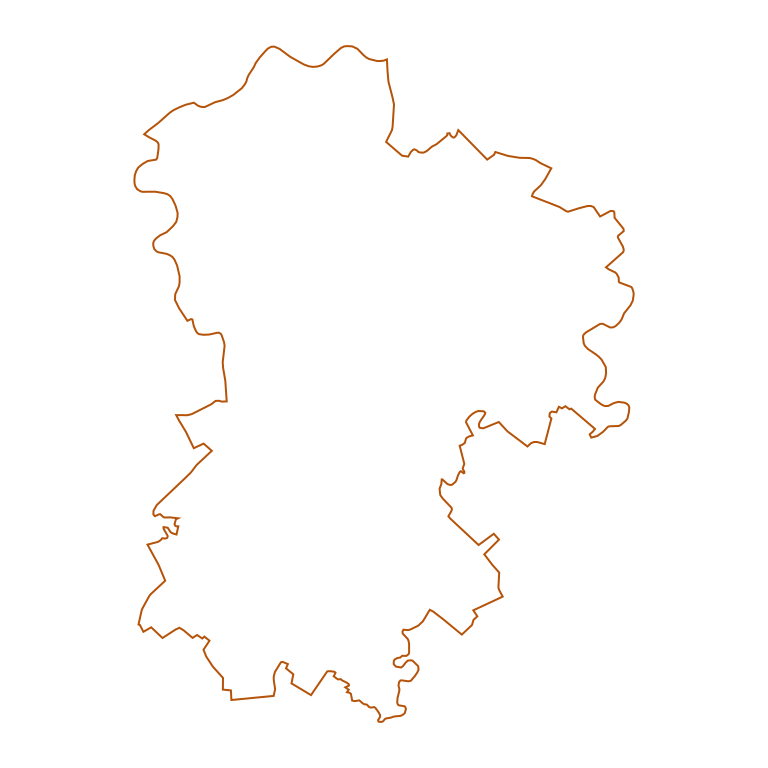 Gia Loc, Hải Dương, Vietnam (orthographic projection)
{"feature_id": "81297802B14141540631295", "entity_name": "Gia Loc", "entity_type": "district", "adm_level": 2, "iso_a3": "VNM", "parent_name": "Vietnam", "parent_adm1": "Hải Dương", "projection": "orthographic", "projection_center": [106.289, 20.847], "detail": "fine", "context": "isolated", "style": "outline", "palette": "amber", "viewbox_px": 768, "rotation_deg": 0, "n_neighbors": 0, "source": "geoboundaries", "source_scale": "gbopen_adm2", "svg_char_len": 6089}
<svg xmlns="http://www.w3.org/2000/svg" viewBox="0 0 768 768"><path d="M187.5,415.2L176.2,415.1L178.7,419.9L186.0,432.0L193.8,448.2L203.6,443.6L211.8,450.8L196.7,464.9L190.8,472.6L186.0,477.3L156.8,505.0L153.5,510.7L153.4,514.5L154.9,516.2L159.1,514.3L160.3,514.2L163.5,517.2L164.9,517.5L170.3,517.4L178.0,518.3L175.9,519.3L174.5,524.3L175.3,525.8L176.3,526.3L178.3,526.3L176.5,534.5L172.7,533.4L170.6,532.2L167.7,527.7L163.6,527.1L163.4,527.8L163.9,529.3L167.6,535.7L167.6,536.9L167.0,538.0L165.1,538.6L162.3,538.2L160.7,540.1L158.0,541.9L147.5,544.6L158.6,564.9L165.2,580.7L150.6,594.3L149.2,596.1L142.3,608.7L141.7,610.2L138.5,624.5L139.9,625.0L143.4,631.8L151.2,627.3L162.5,638.0L175.6,629.5L179.4,627.8L183.6,630.3L192.6,637.9L197.1,635.0L202.3,638.5L204.4,636.6L209.5,640.7L203.5,649.7L206.2,656.5L212.9,666.7L223.0,677.9L222.9,689.6L230.9,690.4L231.4,700.0L273.7,695.9L275.1,689.1L273.8,680.3L273.7,676.9L274.3,674.4L274.9,672.0L280.9,662.3L282.5,661.8L287.9,664.1L286.0,668.3L293.3,674.3L291.5,683.4L311.0,695.1L327.1,671.6L327.5,671.3L330.5,671.2L334.5,671.8L335.5,672.8L333.7,676.3L337.9,679.4L340.9,679.2L341.8,680.2L347.0,682.8L348.9,684.4L348.9,685.6L345.3,687.3L348.7,689.7L347.0,692.2L349.4,692.7L350.9,693.8L352.2,700.6L354.6,701.1L359.4,700.4L362.6,703.3L364.6,704.3L366.9,704.6L369.1,707.0L370.8,707.6L374.2,707.1L375.4,707.9L378.6,712.3L380.1,715.2L380.1,716.9L378.1,720.1L378.2,721.0L378.9,721.8L381.6,721.9L382.9,721.4L385.2,718.8L385.9,718.5L390.9,717.6L394.0,716.5L400.4,715.9L402.6,714.9L404.7,713.2L405.9,709.3L405.5,707.5L404.6,706.3L398.8,705.3L397.9,704.6L397.2,702.6L397.5,698.2L399.3,690.8L399.4,689.1L398.5,685.7L399.0,682.3L400.3,680.6L401.3,680.3L408.4,681.3L410.8,680.8L414.9,676.0L417.4,672.3L418.6,669.6L418.1,666.1L412.6,660.7L411.0,660.3L407.8,660.6L405.3,663.0L403.0,666.1L401.1,667.5L395.9,666.6L393.7,664.1L393.8,661.0L394.7,659.5L397.1,658.1L400.3,657.5L402.2,655.8L406.4,655.9L408.7,654.1L409.1,652.7L409.1,643.8L408.5,640.8L407.7,638.9L402.7,633.6L402.5,631.6L403.4,629.7L407.6,630.1L409.9,629.7L418.2,625.7L422.9,621.3L429.8,609.8L433.2,611.6L443.5,619.5L461.8,634.6L472.0,625.0L473.5,619.9L477.3,616.3L473.3,610.3L502.7,596.6L499.2,590.1L498.4,587.5L499.2,572.6L492.2,564.7L484.3,554.3L499.0,539.6L493.8,533.8L478.6,545.0L450.4,518.7L448.4,516.3L451.5,510.8L451.9,509.2L451.5,507.7L442.9,498.7L440.4,495.3L440.0,493.3L439.6,488.5L441.3,484.3L441.7,479.4L442.3,479.4L447.4,484.0L450.1,485.0L452.1,484.7L455.5,481.8L456.6,479.7L458.0,475.3L460.0,471.6L460.9,471.2L463.7,473.3L464.3,473.0L464.3,471.4L463.1,469.7L462.7,468.4L464.3,463.9L459.7,445.7L462.2,444.8L464.8,442.9L466.1,438.5L467.1,437.5L469.5,436.3L472.9,435.4L466.0,422.2L466.4,420.5L469.4,416.6L472.8,413.6L476.0,411.8L478.5,411.0L483.8,411.3L485.3,412.9L484.8,414.5L480.0,421.5L478.9,424.2L479.2,427.1L480.0,427.9L483.3,428.3L498.8,422.0L507.5,431.4L527.5,446.5L530.7,443.4L533.8,442.0L537.1,442.0L544.7,444.1L551.4,418.5L549.4,416.5L549.7,413.6L550.2,412.7L551.8,411.6L556.4,412.3L558.9,406.8L562.0,408.4L565.4,406.2L569.5,409.3L571.2,408.6L595.0,428.9L592.8,431.7L589.7,434.3L591.2,437.6L597.3,436.0L603.0,431.9L607.8,426.9L609.4,426.3L618.6,426.0L620.6,425.1L625.7,420.8L627.4,418.6L629.0,411.7L629.3,407.6L628.4,405.1L626.4,403.5L624.1,402.6L618.3,401.9L614.0,403.0L608.3,405.9L605.1,406.1L602.9,405.3L600.3,403.7L595.2,399.7L594.7,397.2L594.9,395.0L597.8,387.7L603.5,381.4L605.2,378.0L606.1,373.2L605.8,367.1L601.6,359.7L599.1,357.0L596.2,354.6L588.0,349.1L584.8,345.7L583.7,343.2L583.0,337.3L583.2,335.5L583.8,334.5L586.0,332.4L600.1,323.9L602.8,323.8L610.2,327.5L613.3,327.3L615.8,325.9L619.0,323.0L620.5,321.0L621.7,319.2L624.1,313.3L630.5,305.3L632.8,300.6L633.6,295.2L633.6,292.7L632.4,288.7L631.4,287.0L619.4,282.5L618.8,281.6L618.7,277.6L616.7,273.9L615.2,272.4L608.9,269.4L606.0,267.3L622.9,252.4L623.6,251.1L623.7,249.6L622.9,246.6L617.9,237.5L617.9,236.5L618.2,235.7L623.7,231.1L623.5,228.8L614.6,217.8L614.3,212.1L613.6,211.2L610.7,210.9L600.1,216.5L593.7,207.1L591.0,206.0L587.6,206.0L578.7,208.3L568.0,211.7L566.1,211.1L559.5,207.0L532.0,196.3L532.5,194.3L534.1,191.5L541.0,185.1L545.3,179.0L551.3,168.3L540.6,163.2L535.9,160.1L533.0,158.9L529.7,158.0L519.6,157.8L507.9,155.9L495.3,152.0L494.1,154.7L487.2,159.6L458.3,130.1L456.3,135.3L454.5,137.3L453.3,137.6L451.7,136.5L450.5,135.3L449.6,133.2L447.3,133.5L447.3,135.1L446.2,136.3L436.4,144.3L431.8,146.7L426.7,151.1L423.7,152.6L420.4,152.5L418.6,152.1L416.9,150.5L414.4,149.3L412.9,149.9L410.7,152.2L408.2,156.6L402.1,155.7L386.1,141.9L391.9,130.3L392.6,126.8L394.0,104.5L392.6,97.7L388.5,81.9L387.6,72.1L386.9,59.4L383.5,60.7L379.3,61.1L377.1,61.0L369.1,59.0L366.3,57.5L363.3,54.9L357.4,48.8L352.3,46.4L347.2,46.1L344.2,46.4L341.0,47.9L333.9,54.1L323.5,64.1L320.9,65.5L317.5,66.5L313.0,66.9L308.9,66.3L303.9,64.5L290.2,56.8L279.6,48.9L274.3,46.6L271.1,46.8L267.8,48.6L265.2,51.3L260.0,57.1L255.6,63.2L253.9,67.0L248.6,75.1L247.1,78.5L246.4,81.5L245.0,84.1L241.8,88.2L233.2,95.0L227.5,98.2L222.6,100.2L215.1,102.2L204.6,107.1L200.9,106.8L198.0,105.7L193.9,102.7L185.5,104.8L179.4,107.3L173.6,110.1L169.8,112.7L158.2,123.0L148.7,130.2L144.2,134.3L149.5,137.5L155.0,140.3L156.8,141.5L158.0,142.8L158.6,144.4L158.5,148.9L157.6,155.6L157.2,157.9L156.2,159.6L147.7,161.0L142.7,163.9L138.3,167.5L136.3,170.8L134.8,175.2L134.4,180.2L134.6,183.9L135.3,186.2L137.0,189.0L140.3,191.2L142.3,191.8L155.1,191.7L163.7,193.1L167.5,194.2L170.3,196.1L172.7,199.5L175.6,205.8L177.6,212.8L177.5,216.9L176.3,221.8L173.0,226.2L166.6,232.2L160.3,235.2L156.8,237.8L154.8,239.8L153.6,241.7L153.2,243.7L153.4,246.2L154.3,249.0L156.5,251.4L158.5,252.3L166.9,253.9L170.3,255.5L172.5,257.0L174.4,259.5L177.1,265.5L179.6,276.3L179.6,282.5L179.0,286.1L175.2,294.3L175.0,300.0L179.1,308.3L187.4,320.8L191.0,319.1L192.4,319.5L193.8,326.2L196.0,331.1L197.4,333.1L199.2,334.2L203.8,334.8L209.3,334.5L217.6,332.7L219.1,332.8L220.9,333.9L221.6,335.1L224.1,342.4L224.6,345.9L222.7,362.2L223.1,367.9L225.3,380.7L226.7,401.4L221.9,401.6L218.9,400.8L215.6,400.9L211.2,404.3L191.8,414.1L187.5,415.2Z" fill="none" stroke="#b45309" stroke-width="2"/></svg>